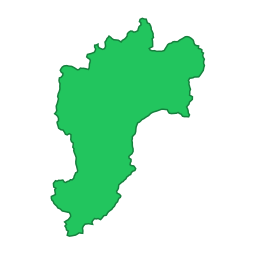 Muniz Freire, Espírito Santo, Brazil, rotated 182°
{"feature_id": "56859067B51669196244688", "entity_name": "Muniz Freire", "entity_type": "district", "adm_level": 2, "iso_a3": "BRA", "parent_name": "Brazil", "parent_adm1": "Espírito Santo", "projection": "mercator", "projection_center": [-41.436, -20.403], "detail": "fine", "context": "isolated", "style": "filled", "palette": "green", "viewbox_px": 256, "rotation_deg": 182, "n_neighbors": 0, "source": "geoboundaries", "source_scale": "gbopen_adm2", "svg_char_len": 4519}
<svg xmlns="http://www.w3.org/2000/svg" viewBox="0 0 256 256"><g transform="rotate(182 128 128)"><path d="M150.2,219.2L151.0,217.8L152.1,216.7L152.8,214.8L154.0,213.1L153.6,211.1L153.3,208.8L154.1,206.6L156.0,205.7L157.6,206.3L159.7,207.1L160.8,208.6L160.9,210.8L162.5,209.9L164.2,209.6L164.2,207.8L163.1,205.9L163.4,204.4L164.2,202.6L165.9,201.8L167.3,201.2L168.8,200.8L171.1,200.1L171.8,197.6L170.4,196.4L168.6,195.4L168.0,194.0L168.3,192.2L168.8,190.7L168.8,188.9L168.9,186.7L169.7,185.1L172.4,185.8L174.6,186.1L176.1,186.0L177.7,186.2L179.0,184.7L180.7,184.4L182.5,185.6L184.3,186.6L186.4,187.6L189.4,187.8L191.4,188.2L194.1,187.8L195.8,186.6L197.0,184.8L197.7,183.3L196.5,181.2L195.0,180.5L195.0,178.5L196.5,176.4L198.3,175.7L198.6,173.3L198.3,171.6L197.5,170.0L197.6,167.5L197.4,164.7L197.9,162.3L198.9,159.8L199.4,157.0L198.5,154.8L198.9,152.9L199.6,149.9L200.5,147.4L200.2,145.0L199.8,143.1L200.5,141.3L201.8,139.7L200.1,138.6L198.7,137.2L197.8,135.3L197.8,132.7L199.1,131.4L198.8,129.9L198.0,127.7L197.3,125.4L195.0,123.9L192.9,123.7L191.4,121.7L190.3,119.6L188.5,119.0L186.6,120.3L184.8,119.4L184.7,116.6L184.8,114.4L184.0,112.4L182.2,111.1L182.2,109.4L182.5,106.9L181.2,105.3L181.5,103.6L180.8,101.5L179.8,99.3L178.7,96.6L178.8,94.5L179.0,92.7L178.8,90.3L178.0,88.0L177.3,85.4L176.8,83.7L177.3,82.0L178.8,81.3L179.3,79.6L180.0,78.2L180.5,75.8L182.1,74.2L183.7,74.3L185.0,73.0L186.9,72.4L188.2,71.4L189.8,71.7L191.3,73.7L194.0,73.2L195.5,73.3L196.9,72.4L198.6,72.8L199.6,71.4L200.6,70.1L200.4,68.1L200.1,66.4L198.0,65.3L199.1,63.7L198.6,61.4L198.2,59.0L200.4,57.8L202.2,56.9L202.2,55.2L201.6,53.3L200.2,52.1L199.4,50.1L198.3,49.0L196.5,47.5L195.3,45.7L192.8,44.7L190.8,42.8L188.5,42.4L185.5,41.8L183.7,41.5L182.5,39.5L182.2,37.7L183.1,36.2L184.5,34.3L186.3,33.2L188.1,31.9L187.0,30.9L186.1,29.6L187.6,27.8L186.4,26.2L185.9,24.0L184.1,22.8L184.7,20.2L185.0,18.7L182.8,17.9L180.4,18.3L178.3,18.8L176.6,19.2L175.0,20.2L173.2,21.5L171.6,21.3L169.6,21.2L169.5,23.5L170.0,26.5L169.1,28.6L167.6,30.4L165.8,30.7L164.1,31.0L160.0,30.5L160.8,32.7L159.9,34.4L158.2,36.4L156.7,36.0L154.7,36.5L152.2,35.5L150.6,37.4L149.2,39.5L146.6,40.1L145.6,42.2L144.6,43.6L143.3,44.7L141.3,46.2L140.5,47.6L138.8,49.4L138.0,51.4L137.1,52.8L135.9,53.9L135.4,55.7L134.6,57.5L133.3,58.3L132.8,59.8L134.1,61.4L136.6,62.5L137.2,64.5L136.2,65.8L135.5,67.5L135.4,69.3L135.2,71.0L133.7,72.3L132.4,73.6L131.0,74.4L130.0,75.7L128.3,77.1L127.6,78.9L126.4,79.8L125.3,80.9L123.7,81.6L123.1,83.6L121.6,85.0L119.6,85.8L118.9,87.6L119.9,89.0L121.0,90.3L123.2,90.5L124.7,91.4L124.5,93.2L123.8,94.7L123.9,96.8L125.8,97.9L126.2,99.5L125.0,100.9L123.2,102.4L122.1,104.8L122.2,107.4L122.8,109.1L123.1,111.1L123.2,113.7L123.7,115.6L123.3,117.4L123.4,119.4L122.1,121.0L120.8,122.4L120.2,124.6L120.1,127.1L119.9,129.3L119.1,131.8L118.4,133.6L116.8,134.3L115.4,135.7L114.4,136.9L112.5,137.9L111.0,139.1L109.7,140.0L107.9,141.1L105.9,143.3L104.2,144.4L102.6,145.1L100.1,145.9L98.1,146.7L95.2,147.9L93.2,148.0L91.2,147.8L89.4,147.7L88.4,145.8L87.3,144.3L85.2,143.9L83.3,144.1L81.4,144.3L80.0,144.5L78.5,145.3L77.2,144.4L75.3,143.6L73.9,141.7L72.2,141.3L70.1,141.4L67.8,141.3L67.0,143.3L68.2,145.0L68.6,147.7L69.3,149.6L70.2,151.1L69.2,152.4L68.0,153.8L67.4,156.2L66.2,157.3L64.7,158.8L64.7,161.5L66.0,162.2L67.6,162.9L67.5,164.8L67.6,166.8L66.9,168.9L67.7,170.8L68.2,172.6L68.7,174.1L68.5,175.9L69.3,177.7L68.1,179.9L66.1,180.2L64.7,180.5L63.4,181.3L61.3,181.4L59.1,181.6L57.8,183.3L56.2,185.9L54.8,188.2L54.3,191.3L53.8,193.1L54.7,195.2L54.7,197.4L54.1,199.5L55.4,201.4L55.9,203.5L55.2,205.5L57.0,206.6L56.9,208.7L58.2,209.5L60.4,210.0L60.3,212.5L62.4,212.7L64.1,213.5L65.0,215.1L65.5,217.1L66.2,218.4L68.1,219.9L70.3,221.1L72.2,221.4L74.0,221.1L75.7,219.9L77.3,218.9L79.4,217.7L81.2,216.1L82.9,215.9L84.6,216.0L86.2,215.6L87.6,214.3L89.8,213.8L91.2,212.7L92.1,211.0L92.9,209.6L93.7,208.3L94.4,206.8L97.0,205.8L99.6,205.8L102.0,205.6L104.2,206.2L106.4,206.0L108.4,206.5L109.6,208.2L107.9,209.3L106.2,210.2L106.3,212.8L106.5,215.5L107.0,218.0L105.7,219.3L106.2,221.2L106.2,223.1L107.1,225.2L108.2,227.2L108.4,229.2L109.0,230.9L110.2,233.0L112.3,233.7L112.9,235.4L113.6,237.4L115.7,237.5L117.5,238.1L119.7,237.0L120.3,234.7L118.9,233.8L118.6,231.5L120.5,229.7L121.2,227.4L121.6,225.6L123.7,224.4L125.7,224.0L127.0,224.9L128.8,225.0L130.8,223.6L131.9,222.1L132.1,219.8L133.4,217.9L134.6,216.7L136.7,215.4L137.9,213.7L139.2,214.5L140.8,215.4L143.1,215.6L145.3,215.7L147.2,216.8L148.4,218.0L150.2,219.2Z" fill="#22c55e" stroke="#15803d" stroke-width="1.5"/></g></svg>